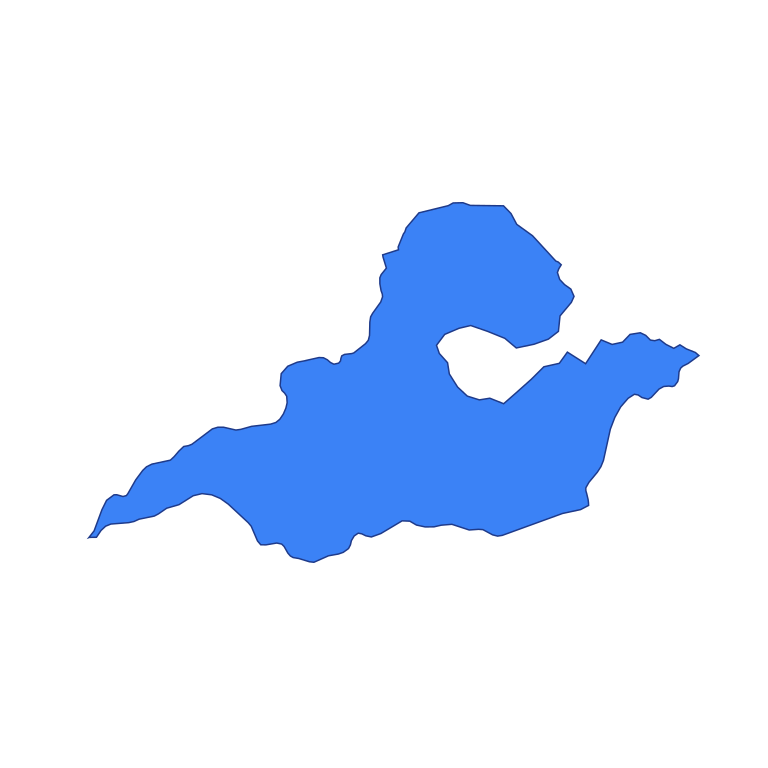 the border of Borsod-Abaúj-Zemplén, rotated 171°
{"feature_id": "HUN-3168", "entity_name": "Borsod-Abaúj-Zemplén", "entity_type": "County", "adm_level": 1, "iso_a3": "HUN", "parent_name": "Hungary", "parent_adm1": "", "projection": "robinson", "projection_center": [21.025, 48.121], "detail": "fine", "context": "isolated", "style": "filled", "palette": "blue", "viewbox_px": 768, "rotation_deg": 171, "n_neighbors": 0, "source": "natural_earth", "source_scale": "10m", "svg_char_len": 2869}
<svg xmlns="http://www.w3.org/2000/svg" viewBox="0 0 768 768"><g transform="rotate(171 384 384)"><path d="M295.6,216.0L300.3,218.0L309.1,224.7L313.4,225.7L322.7,226.5L338.9,234.8L349.5,235.6L356.9,235.1L365.7,236.4L374.0,239.6L380.0,244.5L387.5,246.0L410.5,236.8L420.4,234.9L425.7,236.9L429.4,239.5L432.8,240.7L437.2,238.6L440.7,234.4L442.3,230.4L444.8,227.0L450.6,224.1L455.6,223.2L465.7,223.0L481.1,218.9L485.5,220.1L495.5,225.0L500.9,226.8L503.4,228.8L505.4,232.0L508.1,239.2L510.1,241.9L514.8,243.7L525.8,243.6L530.9,244.5L533.5,248.8L537.4,264.3L539.8,268.3L556.6,289.7L563.6,296.6L571.5,301.5L580.9,304.2L589.9,303.5L605.3,296.9L618.1,295.3L627.1,291.0L631.5,289.5L647.0,288.8L652.5,287.3L657.8,287.0L675.7,288.4L681.2,287.1L686.4,283.6L692.0,277.6L699.0,278.6L699.5,278.5L693.3,284.3L682.3,303.9L676.2,312.5L668.0,316.8L665.2,316.4L659.4,313.7L655.9,314.1L654.2,315.7L644.2,328.2L635.8,336.4L631.5,339.4L625.7,341.2L606.9,342.2L602.6,345.1L597.1,349.8L591.6,353.6L586.8,353.7L583.2,354.5L560.6,366.5L554.9,367.3L549.2,366.4L537.5,361.7L532.5,361.6L521.4,362.9L502.3,362.1L496.8,362.9L492.4,365.5L488.1,370.1L484.7,375.5L482.6,380.6L482.0,387.1L483.6,390.6L485.8,393.5L486.9,398.6L483.9,410.3L476.3,416.6L466.3,419.1L456.0,419.4L458.3,419.4L444.0,420.3L439.7,419.4L436.2,416.8L433.5,413.6L430.4,411.4L425.5,411.7L423.4,413.5L422.5,416.1L421.3,418.4L418.4,419.4L411.1,419.1L409.0,419.4L396.0,426.7L392.7,429.6L390.7,434.2L388.9,444.0L388.3,447.3L386.7,452.4L384.2,455.6L374.4,465.5L371.8,470.3L371.6,473.1L372.3,476.7L372.4,483.6L371.5,489.5L369.7,492.5L363.5,498.1L365.1,509.5L365.1,511.8L348.7,514.3L348.6,517.1L341.4,529.1L339.6,531.0L337.7,534.7L322.7,547.6L300.9,549.4L292.6,550.1L287.4,552.0L277.7,550.7L270.8,546.9L238.1,541.3L231.9,532.5L227.9,520.9L214.1,507.2L195.1,478.6L192.8,477.2L190.3,474.0L193.3,470.5L195.3,467.0L194.1,459.7L190.1,453.9L184.6,448.5L182.6,440.8L186.2,435.3L199.5,423.7L203.5,408.7L214.6,402.6L229.6,399.8L247.7,398.9L257.5,410.2L273.3,419.7L289.2,428.2L301.2,427.3L316.3,423.5L326.1,414.0L324.6,405.5L317.9,395.1L317.9,383.7L311.8,369.5L303.6,359.0L292.3,353.4L281.7,353.4L268.9,345.8L255.4,354.3L237.8,365.6L223.4,376.0L207.6,377.0L197.9,386.8L181.7,372.5L162.6,393.6L152.5,387.4L141.8,388.0L133.2,394.5L122.8,394.5L117.9,391.1L114.0,385.7L109.8,384.4L105.0,385.0L99.3,379.0L92.2,373.9L85.6,376.4L79.9,371.4L71.5,366.4L68.5,362.8L80.4,356.7L86.0,354.9L88.5,353.3L90.7,349.9L92.3,343.2L93.5,340.5L97.3,336.8L99.8,336.4L102.9,337.4L108.1,337.8L113.1,336.0L122.1,329.0L125.5,327.7L131.4,330.3L134.7,333.4L138.3,334.7L145.1,331.7L153.8,324.4L161.3,314.8L167.5,304.0L179.2,274.2L182.7,268.4L187.1,263.5L196.2,255.5L196.9,254.9L200.9,249.9L201.1,248.6L201.3,247.2L201.2,245.9L201.0,244.6L200.5,238.1L200.6,235.0L200.9,232.1L209.5,229.2L227.9,228.2L290.8,216.0L295.6,216.0Z" fill="#3b82f6" stroke="#1e3a8a" stroke-width="1.5"/></g></svg>